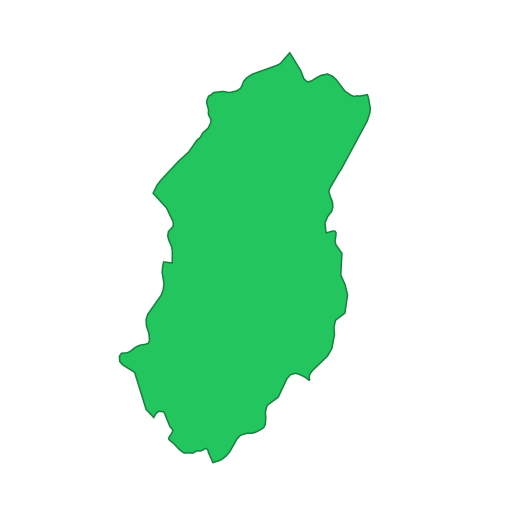 the border of Berat, rotated 246°
{"feature_id": "ALB-1523", "entity_name": "Berat", "entity_type": "County", "adm_level": 1, "iso_a3": "ALB", "parent_name": "Albania", "parent_adm1": "", "projection": "albers", "projection_center": [20.072, 40.618], "detail": "fine", "context": "isolated", "style": "filled", "palette": "green", "viewbox_px": 512, "rotation_deg": 246, "n_neighbors": 0, "source": "natural_earth", "source_scale": "10m", "svg_char_len": 2304}
<svg xmlns="http://www.w3.org/2000/svg" viewBox="0 0 512 512"><g transform="rotate(246 256 256)"><path d="M214.9,88.6L219.0,90.0L220.3,90.8L221.9,93.7L220.2,98.0L220.0,99.8L220.0,102.1L221.5,107.9L221.8,111.0L221.7,113.8L220.2,119.7L220.2,122.4L222.5,124.5L229.1,126.7L236.8,127.5L242.6,129.7L246.9,133.5L258.6,153.2L262.9,157.5L268.2,160.7L279.2,163.6L284.7,166.6L288.2,169.2L283.7,176.6L294.7,181.6L299.0,182.7L306.2,182.8L310.4,183.6L314.0,186.0L316.0,190.7L317.0,192.5L320.9,194.2L336.4,193.8L355.2,187.5L361.1,194.6L363.6,199.2L374.1,223.8L378.3,236.6L385.9,249.3L387.1,253.5L390.1,257.5L392.3,264.3L396.0,268.6L398.5,270.2L401.2,270.3L403.6,270.1L405.7,270.4L407.9,271.7L409.9,272.3L415.3,273.1L417.9,274.1L421.0,277.4L421.6,278.8L421.4,280.7L422.4,282.7L422.4,284.7L419.5,293.4L417.1,296.7L416.1,298.3L415.0,303.7L414.8,306.1L415.2,309.1L416.1,311.1L420.8,316.1L422.7,320.5L423.6,326.9L421.7,352.3L421.9,356.5L428.0,369.5L406.9,372.3L398.4,371.8L394.0,373.8L393.4,378.2L394.3,383.8L394.6,389.0L393.2,395.4L389.0,399.1L384.5,401.0L370.5,404.3L364.6,407.9L362.3,410.0L361.5,411.8L361.3,413.2L359.8,416.1L358.1,423.4L354.7,423.0L344.3,420.5L339.9,417.8L334.2,412.6L300.4,368.9L299.1,366.5L287.9,351.1L285.5,348.9L281.8,348.2L274.2,347.8L269.4,346.1L266.1,343.4L262.7,337.3L258.2,332.5L248.7,329.4L248.0,333.2L247.9,334.9L247.3,337.0L246.6,338.3L244.8,338.6L242.3,337.4L237.4,334.2L233.8,333.6L223.5,335.6L204.3,325.8L193.3,325.7L183.2,323.8L167.7,314.0L165.0,302.7L163.3,301.2L159.0,298.2L152.3,295.8L140.7,287.7L135.5,280.6L128.4,261.0L126.1,257.0L123.6,255.2L121.3,254.8L120.8,254.3L121.7,253.4L125.0,251.8L128.7,248.8L132.7,244.7L133.6,239.2L131.2,234.2L118.0,218.9L115.0,205.5L112.6,203.3L108.6,200.6L104.5,199.3L98.3,196.0L96.2,193.4L95.6,190.2L95.2,185.8L95.2,183.2L95.5,181.1L97.9,174.9L98.5,168.8L96.7,164.4L87.7,152.2L85.3,146.9L84.1,142.1L84.0,139.3L84.7,132.6L95.9,132.6L98.3,133.1L100.5,132.3L100.6,130.2L100.3,127.8L100.5,125.7L102.1,122.6L102.0,121.3L101.6,119.6L101.8,117.7L103.9,113.6L105.2,110.3L107.4,108.8L111.0,107.0L118.3,104.5L123.6,101.8L124.7,102.0L126.0,103.1L128.1,106.5L130.5,109.3L135.4,108.0L150.9,108.5L152.1,106.9L153.6,104.0L153.0,101.5L152.4,100.1L150.0,96.9L160.5,93.2L199.0,97.8L210.8,89.9L214.9,88.6Z" fill="#22c55e" stroke="#15803d" stroke-width="1.5"/></g></svg>